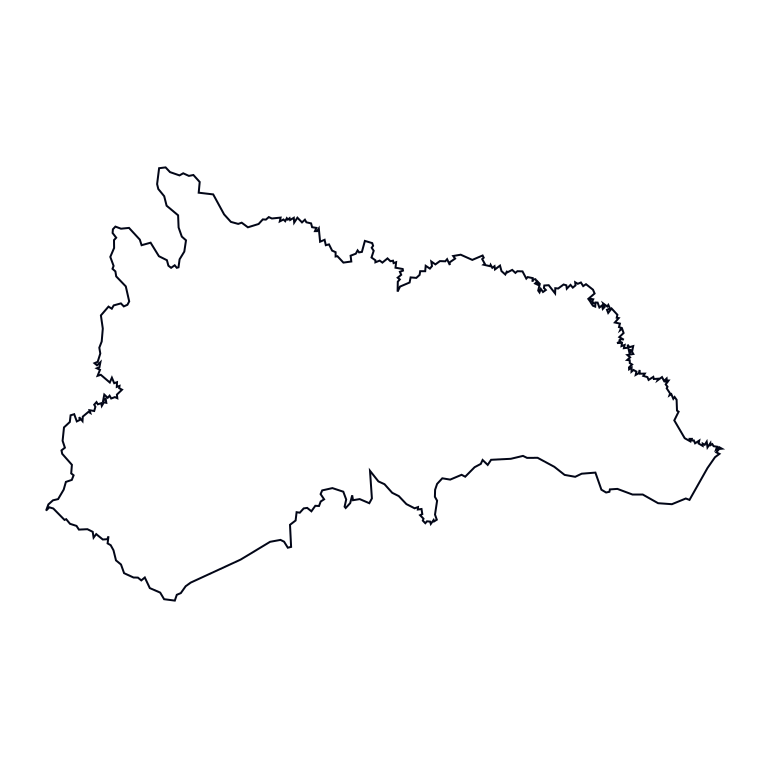 the district of Khon San, Chaiyaphum, Thailand
{"feature_id": "78962969B85168062919429", "entity_name": "Khon San", "entity_type": "district", "adm_level": 2, "iso_a3": "THA", "parent_name": "Thailand", "parent_adm1": "Chaiyaphum", "projection": "robinson", "projection_center": [101.768, 16.554], "detail": "fine", "context": "isolated", "style": "outline", "palette": "ink", "viewbox_px": 768, "rotation_deg": 0, "n_neighbors": 0, "source": "geoboundaries", "source_scale": "gbopen_adm2", "svg_char_len": 6078}
<svg xmlns="http://www.w3.org/2000/svg" viewBox="0 0 768 768"><path d="M593.0,289.7L586.0,284.2L583.2,286.1L580.9,282.5L577.8,283.8L575.2,282.3L575.5,285.4L572.8,287.6L570.5,284.9L566.8,288.7L566.3,285.3L563.6,284.5L558.2,288.5L555.3,288.2L555.1,293.4L548.7,285.2L544.3,285.5L543.9,288.0L545.8,290.0L543.0,292.0L540.8,288.9L539.5,292.4L538.2,290.6L539.8,283.9L538.0,282.0L537.9,284.8L535.1,283.5L537.0,281.6L535.4,279.2L533.3,279.5L532.4,281.7L532.7,278.1L527.7,277.1L526.3,278.6L522.5,271.4L517.4,271.2L515.4,272.9L512.2,269.9L506.7,272.7L507.2,270.8L505.3,274.5L501.5,271.1L500.0,265.6L495.0,269.4L494.5,266.2L492.3,267.8L490.6,264.8L490.1,266.2L483.6,264.7L484.8,263.8L482.2,259.1L483.7,257.7L482.6,255.5L472.3,259.9L460.7,254.7L453.2,256.0L455.1,258.6L449.6,262.4L449.8,265.0L447.1,259.2L445.3,261.3L439.9,261.1L435.4,264.4L431.3,261.5L432.0,266.1L429.9,268.6L425.7,265.8L425.2,271.2L420.2,271.2L419.6,274.9L416.3,277.9L410.6,277.4L409.6,282.5L400.0,286.6L397.6,291.6L397.8,281.7L399.8,279.4L397.7,277.7L401.2,274.8L399.9,271.8L403.0,270.6L402.7,269.0L395.5,267.7L396.1,262.2L393.6,263.1L393.0,260.7L390.4,261.2L387.5,258.4L382.4,262.6L379.7,260.6L375.4,262.3L375.4,260.3L371.5,257.5L373.7,250.8L371.7,247.8L373.1,245.8L372.2,243.1L364.9,240.9L361.9,251.9L359.1,252.4L357.6,250.4L355.8,253.7L350.6,255.7L351.3,261.5L343.4,262.6L337.4,256.2L335.6,256.5L335.6,252.2L332.1,250.6L329.0,244.4L325.8,245.2L324.6,239.8L320.1,241.7L318.8,228.5L317.2,231.1L315.0,231.1L316.4,227.9L312.1,227.2L311.1,223.4L306.4,222.3L304.9,219.7L302.0,222.4L297.4,217.7L294.2,222.6L293.8,217.8L290.1,220.0L289.6,218.2L287.9,219.6L286.8,218.2L285.2,221.2L283.5,219.5L279.8,221.4L280.6,217.6L271.9,218.5L268.8,217.1L265.9,219.6L262.8,219.4L258.6,224.0L247.9,227.3L241.7,222.7L238.2,223.9L230.9,221.9L224.1,214.4L213.2,194.4L198.7,192.7L199.7,182.0L193.4,175.0L188.9,175.9L183.2,173.3L179.5,175.4L170.0,172.1L165.6,167.4L159.1,168.2L157.1,184.1L158.3,189.0L164.2,196.2L166.6,205.7L178.1,215.3L178.6,227.5L181.8,236.6L186.0,240.3L184.3,251.6L179.6,259.3L178.5,267.3L176.8,267.8L174.7,265.3L171.1,267.8L168.4,265.7L166.9,260.2L158.9,256.2L150.6,242.7L141.6,245.2L139.8,239.6L129.0,227.9L121.0,228.7L115.4,226.6L112.9,229.3L112.6,233.0L116.2,237.7L114.0,240.1L114.1,248.0L110.3,256.9L113.6,265.9L112.5,268.8L115.4,271.4L116.2,276.4L125.8,286.4L129.2,301.4L127.4,304.8L123.8,306.4L120.9,303.4L113.7,305.4L111.8,308.7L108.5,306.6L100.9,315.4L102.8,328.6L101.7,341.5L99.3,347.7L100.3,353.5L97.7,361.8L94.5,363.2L97.0,365.3L100.4,362.2L99.4,367.3L96.9,368.3L100.0,369.8L97.6,375.8L100.8,374.8L109.8,382.5L111.9,377.7L114.2,383.2L117.0,382.2L116.8,386.9L119.5,385.9L119.2,388.2L122.0,389.7L116.9,394.6L117.3,398.2L114.9,397.1L111.2,398.5L109.6,395.7L107.7,397.8L104.3,394.6L103.1,400.8L105.7,398.7L106.3,402.8L103.9,402.3L101.8,405.9L101.2,403.2L97.8,404.3L96.5,402.1L94.2,404.7L95.4,406.8L94.2,411.0L89.5,410.2L90.3,412.9L88.5,411.8L82.8,416.6L82.5,421.1L79.2,417.2L79.9,419.9L76.8,421.4L74.2,414.2L70.6,415.3L69.8,422.0L64.0,427.4L62.6,440.8L64.9,447.7L61.5,450.4L62.2,453.8L71.9,464.8L71.2,473.4L73.6,475.3L71.8,479.9L65.9,481.9L63.7,489.6L58.1,499.1L53.0,500.3L48.4,504.4L46.1,510.6L49.3,507.3L53.3,508.5L64.5,519.9L66.2,519.2L70.0,523.8L76.5,525.9L78.9,529.6L87.4,529.2L92.7,531.8L93.6,537.6L96.2,534.1L102.8,539.5L107.3,539.2L108.5,536.3L107.6,543.4L110.7,545.2L113.5,550.3L116.0,560.4L121.0,564.5L124.1,573.2L133.5,577.5L137.9,577.6L141.3,580.4L144.8,577.5L149.8,588.1L160.2,592.6L164.1,599.2L174.8,600.6L176.8,594.8L180.8,593.1L185.7,586.2L190.7,582.6L240.6,559.6L270.1,541.8L280.5,539.9L284.1,541.7L287.8,547.7L291.1,546.9L290.0,524.8L295.6,520.5L296.6,512.2L299.8,512.7L303.7,508.4L307.2,507.9L311.4,511.3L315.3,505.8L319.0,506.0L320.7,501.5L324.1,499.3L320.6,494.1L322.2,490.4L332.4,488.1L343.3,491.7L346.2,499.5L344.6,506.7L345.7,508.0L350.2,503.1L352.2,495.3L353.0,500.2L359.7,499.1L369.3,503.2L371.9,498.4L370.0,470.8L378.4,481.4L384.5,484.2L392.2,492.8L398.8,496.1L406.4,504.1L414.6,508.3L418.0,507.1L417.8,509.5L421.5,509.0L422.3,514.1L420.1,515.2L423.5,518.7L422.8,520.6L425.3,523.2L427.0,521.3L430.1,521.6L430.8,523.9L433.6,520.0L434.1,521.4L436.8,519.7L435.0,514.6L437.1,500.7L434.9,496.8L435.1,489.8L437.1,483.9L442.3,478.3L450.2,479.6L461.6,474.8L465.2,476.7L474.6,467.2L480.8,463.9L482.6,460.0L487.7,464.9L491.1,459.8L510.8,458.8L523.0,455.9L527.1,457.9L537.6,457.8L554.3,466.8L564.6,474.9L575.2,476.8L581.7,473.7L595.4,472.6L601.4,489.7L606.1,492.5L609.4,491.8L609.9,489.4L617.4,488.9L632.4,494.5L642.7,494.5L658.1,503.2L671.9,504.2L685.8,498.5L689.5,499.9L707.5,468.0L715.0,457.2L719.4,453.9L716.3,452.3L719.1,449.0L721.9,448.7L719.2,447.2L716.1,449.5L717.1,446.7L713.6,446.2L712.3,444.1L710.6,445.1L710.4,443.1L707.5,447.4L706.7,441.7L704.7,444.8L702.7,443.6L702.7,445.9L698.6,443.5L699.2,440.6L695.1,443.3L693.8,440.4L691.4,440.6L691.8,438.9L689.6,438.9L690.0,441.2L684.7,438.2L674.3,420.4L678.6,411.7L677.0,410.6L676.6,399.8L674.6,397.0L673.3,398.8L671.3,394.1L669.5,395.3L670.1,393.5L666.7,388.3L667.5,386.8L665.7,384.4L668.6,380.5L666.8,380.5L666.6,378.5L664.9,380.1L666.1,381.7L664.3,381.4L662.0,377.1L657.6,380.3L658.3,378.7L653.8,379.0L653.3,376.9L648.6,379.9L647.4,377.1L643.3,375.9L644.8,373.6L639.8,373.7L639.6,370.0L638.9,373.1L635.7,374.9L636.4,371.6L633.5,370.0L631.5,371.7L631.6,367.7L629.1,369.3L629.0,367.4L632.1,364.5L629.8,363.1L629.7,360.3L627.2,360.0L630.1,357.4L627.4,355.0L633.3,354.0L631.6,351.0L629.5,353.1L628.7,349.6L632.3,350.5L633.2,346.1L629.4,347.2L627.7,344.7L628.0,347.7L623.9,348.2L624.6,345.0L621.5,346.1L622.0,342.8L617.1,343.1L620.4,341.3L619.5,340.2L620.9,339.0L623.8,339.7L619.3,337.1L623.6,333.0L622.1,328.7L620.2,330.2L621.2,327.8L619.0,327.1L619.9,323.6L614.9,322.5L618.7,318.1L616.7,317.7L617.4,314.8L611.6,308.5L608.2,312.9L607.0,309.8L610.0,308.4L608.3,304.9L607.3,306.5L603.2,303.5L604.6,307.0L602.8,308.9L602.1,305.4L599.4,307.5L597.6,302.6L595.5,302.5L595.2,306.6L592.9,305.7L591.4,303.5L593.8,303.3L592.2,301.4L593.2,299.3L590.3,298.8L590.5,301.9L588.3,298.9L594.6,293.5L593.0,289.7Z" fill="none" stroke="#020617" stroke-width="2"/></svg>